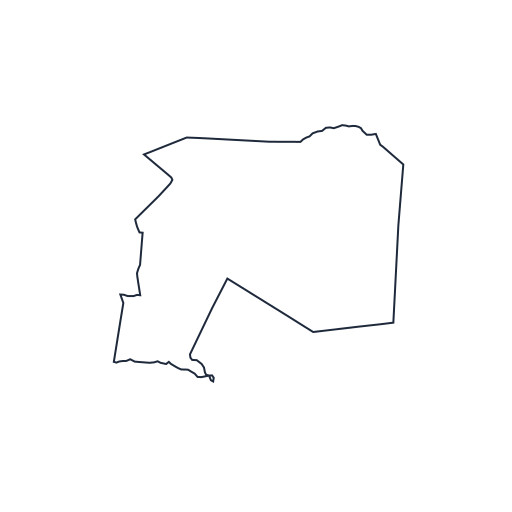 Serra Branca, Paraíba, Brazil, rotated 36°
{"feature_id": "56859067B97423314982747", "entity_name": "Serra Branca", "entity_type": "district", "adm_level": 2, "iso_a3": "BRA", "parent_name": "Brazil", "parent_adm1": "Paraíba", "projection": "robinson", "projection_center": [-36.73, -7.555], "detail": "fine", "context": "isolated", "style": "outline", "palette": "slate", "viewbox_px": 512, "rotation_deg": 36, "n_neighbors": 0, "source": "geoboundaries", "source_scale": "gbopen_adm2", "svg_char_len": 1412}
<svg xmlns="http://www.w3.org/2000/svg" viewBox="0 0 512 512"><g transform="rotate(36 256 256)"><path d="M288.3,380.3L285.5,381.4L283.0,380.1L279.5,376.8L275.5,375.3L269.3,375.1L265.4,377.6L262.7,376.8L260.4,374.4L251.1,323.7L246.7,295.0L246.1,291.1L313.3,286.2L346.9,283.9L379.5,253.8L397.3,237.6L406.3,229.2L353.2,147.6L321.4,95.4L294.4,93.0L291.1,93.0L281.2,86.8L277.9,90.2L274.3,92.8L268.6,92.1L265.8,90.9L263.1,91.2L260.2,92.3L257.8,93.9L254.9,96.6L252.2,97.6L248.8,99.5L246.8,102.7L243.8,106.9L240.3,108.5L237.2,111.2L235.9,116.0L232.7,119.0L229.7,123.5L229.0,127.8L227.1,130.6L225.5,134.1L224.9,137.5L199.8,155.6L147.5,189.5L138.8,195.2L130.3,200.9L105.7,239.7L138.4,242.0L141.4,242.3L143.6,243.6L144.1,247.7L142.1,264.7L136.7,297.4L139.4,299.7L142.3,302.0L145.3,303.9L147.9,305.4L150.6,303.8L154.0,309.4L167.4,331.3L168.3,335.4L169.8,339.8L171.7,342.0L176.4,346.8L185.4,355.8L182.6,357.4L180.5,360.4L178.1,362.1L175.8,363.8L171.7,365.1L168.9,366.9L176.3,372.0L184.6,388.5L203.2,425.2L205.7,424.3L207.4,421.7L209.9,419.3L212.8,417.1L214.9,413.5L220.0,412.7L223.5,410.6L232.6,405.0L236.1,401.9L238.3,399.0L241.6,398.5L246.8,396.2L247.7,392.9L250.7,393.3L256.3,392.8L259.3,392.4L262.3,391.7L265.1,389.7L267.9,387.9L270.6,387.7L275.6,387.2L279.8,388.2L283.0,386.1L288.3,380.3ZM295.1,382.7L293.4,379.4L290.7,378.4L288.3,380.3L292.5,383.0L295.1,382.7Z" fill="none" stroke="#1e293b" stroke-width="2"/></g></svg>